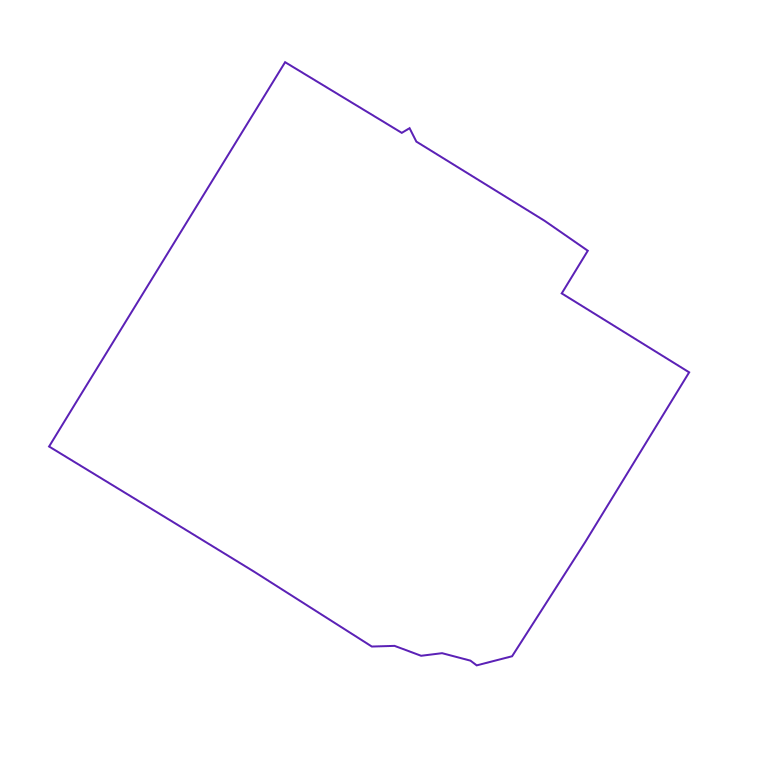 Butler, Alabama, United States of America, rotated 302°
{"feature_id": "52423323B96631758595189", "entity_name": "Butler", "entity_type": "district", "adm_level": 2, "iso_a3": "USA", "parent_name": "United States of America", "parent_adm1": "Alabama", "projection": "orthographic", "projection_center": [-86.714, 31.744], "detail": "fine", "context": "isolated", "style": "outline", "palette": "violet", "viewbox_px": 768, "rotation_deg": 302, "n_neighbors": 0, "source": "geoboundaries", "source_scale": "gbopen_adm2", "svg_char_len": 418}
<svg xmlns="http://www.w3.org/2000/svg" viewBox="0 0 768 768"><g transform="rotate(302 384 384)"><path d="M156.0,373.9L154.9,512.8L167.5,531.7L173.2,559.5L186.5,575.9L195.2,603.9L194.5,611.7L221.0,636.9L356.6,638.4L555.6,636.6L555.0,486.7L605.0,486.2L607.5,433.6L606.7,283.0L614.5,270.1L606.4,266.0L604.5,129.6L203.8,132.6L153.5,133.1L155.2,284.4L156.0,373.9Z" fill="none" stroke="#5b21b6" stroke-width="2"/></g></svg>